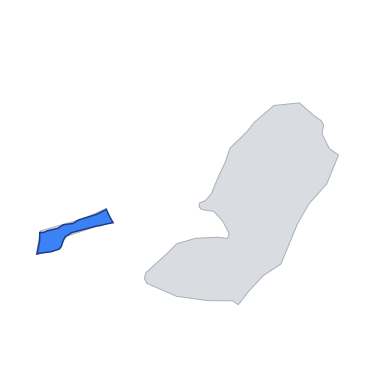 where Gaza Strip sits in Palestine, rotated 29°
{"feature_id": "GAZ+00?", "entity_name": "Gaza Strip", "entity_type": "state/province", "adm_level": 1, "iso_a3": "PSE", "parent_name": "Palestine", "parent_adm1": "", "projection": "albers", "projection_center": [34.369, 31.397], "detail": "fine", "context": "in_parent", "style": "filled", "palette": "blue", "viewbox_px": 384, "rotation_deg": 29, "n_neighbors": 0, "source": "natural_earth", "source_scale": "10m", "svg_char_len": 1123}
<svg xmlns="http://www.w3.org/2000/svg" viewBox="0 0 384 384"><g transform="rotate(29 192 192)"><path d="M302.2,88.6L305.9,119.4L300.0,145.9L299.7,169.0L304.7,211.9L295.0,230.2L289.6,251.8L287.2,268.1L280.2,267.5L258.3,279.4L229.1,290.7L196.8,293.8L192.2,290.6L190.8,284.9L200.1,257.6L203.7,244.7L217.6,230.7L237.3,218.6L245.6,215.5L244.6,210.3L232.8,202.5L220.5,198.4L208.8,202.7L205.2,201.4L203.9,197.9L208.0,192.9L209.8,183.8L207.9,168.4L206.6,149.7L204.0,135.3L211.0,111.8L212.8,100.6L221.7,76.6L242.7,62.0L261.0,66.0L270.7,67.0L274.7,69.8L277.5,78.1L291.1,87.5L302.2,88.6ZM124.7,248.3L132.6,256.8L132.8,259.9L103.5,291.8L103.2,305.5L86.0,322.0L80.5,305.6L78.1,299.7L109.7,268.1L124.7,248.3Z" fill="#d9dde1" stroke="#a8b0b8" stroke-width="1"/><path d="M125.4,248.7L131.9,253.5L137.9,257.1L133.2,261.0L127.8,266.0L125.3,267.8L106.4,285.9L102.8,292.8L102.7,296.1L104.1,302.9L103.6,306.2L97.8,312.5L89.2,318.9L86.5,321.4L83.5,312.1L82.5,308.8L78.5,301.3L82.2,298.9L84.5,295.8L92.0,289.1L95.4,283.0L103.2,277.2L106.5,271.2L119.1,258.2L125.0,249.6L125.4,248.7Z" fill="#3b82f6" stroke="#1e3a8a" stroke-width="1.5"/></g></svg>